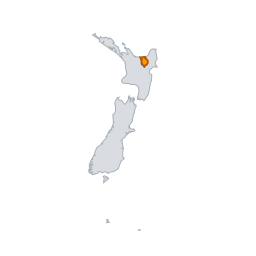 Whakatane District, Bay of Plenty, New Zealand shown in context, rotated 339°
{"feature_id": "76426892B18513134445034", "entity_name": "Whakatane District", "entity_type": "district", "adm_level": 2, "iso_a3": "NZL", "parent_name": "New Zealand", "parent_adm1": "Bay of Plenty", "projection": "robinson", "projection_center": [176.996, -38.343], "detail": "fine", "context": "in_parent", "style": "filled", "palette": "amber", "viewbox_px": 256, "rotation_deg": 339, "n_neighbors": 0, "source": "geoboundaries", "source_scale": "gbopen_adm2", "svg_char_len": 5160}
<svg xmlns="http://www.w3.org/2000/svg" viewBox="0 0 256 256"><g transform="rotate(339 128 128)"><path d="M133.2,104.5L134.2,104.6L138.7,101.3L140.6,100.6L141.1,100.5L140.1,101.5L140.4,102.2L139.3,104.4L140.2,104.1L140.7,102.5L141.3,102.2L141.1,101.4L143.9,101.7L142.9,103.2L141.5,104.1L142.4,104.2L144.5,102.6L144.5,103.5L141.8,106.2L142.7,107.7L142.0,108.9L142.7,108.7L143.8,109.6L143.2,110.8L140.3,113.9L139.9,115.5L137.3,118.2L134.4,123.3L129.2,126.6L130.2,127.5L128.3,128.7L129.8,128.5L130.9,130.4L133.2,131.0L133.5,132.9L131.9,133.4L130.4,132.6L128.2,132.9L128.9,132.1L128.0,131.6L126.4,133.2L124.0,131.3L125.3,133.5L120.7,135.9L118.8,136.1L118.2,137.4L117.1,137.5L117.7,138.0L116.4,144.7L115.1,144.7L116.3,145.4L116.2,146.1L114.7,148.0L112.7,153.1L113.5,154.3L113.5,155.2L109.6,156.5L104.2,162.6L99.0,163.5L96.1,162.8L92.7,163.2L92.1,161.5L90.9,160.6L87.9,160.6L86.4,158.7L85.1,158.2L83.7,159.2L78.9,159.1L78.0,158.8L77.8,158.1L79.5,156.1L77.9,157.2L77.2,157.1L77.9,156.2L77.7,155.4L75.8,156.2L75.9,154.5L80.2,153.5L78.4,153.3L78.3,152.7L79.9,151.5L77.7,151.6L78.0,150.2L79.2,150.1L78.7,149.1L81.3,150.2L80.9,149.2L81.9,148.8L80.1,148.1L80.0,147.0L80.9,146.2L82.1,146.6L81.2,145.6L83.3,143.8L83.8,145.2L83.9,143.2L86.5,141.2L87.6,142.0L87.1,140.2L91.4,135.5L93.9,134.3L95.3,134.5L97.6,133.1L98.6,133.7L98.2,132.6L98.5,132.2L104.3,129.5L104.3,128.6L104.9,128.5L104.5,128.3L107.8,125.4L109.2,125.6L108.3,124.7L109.7,124.0L111.1,124.6L110.3,123.7L111.5,123.1L112.2,123.9L112.2,122.8L114.2,120.4L114.6,122.3L114.8,122.0L114.7,120.2L116.1,118.0L117.2,117.6L116.6,116.9L118.6,110.2L120.8,109.4L122.7,107.4L123.9,103.7L124.3,100.9L125.4,98.8L128.7,96.1L131.4,96.1L129.5,96.4L129.3,97.8L129.9,98.9L131.9,99.8L133.2,104.5ZM130.6,29.4L133.7,34.4L135.2,32.9L135.4,34.0L138.4,35.4L138.9,34.9L141.3,36.2L141.7,38.0L143.4,37.4L145.5,41.1L145.1,42.1L145.8,43.4L144.1,43.5L147.9,49.2L147.5,51.2L148.1,52.6L147.2,55.2L148.8,55.9L149.4,55.3L152.6,56.9L153.4,59.2L154.8,59.2L154.3,53.5L153.4,52.0L154.0,51.1L156.1,54.1L156.9,54.0L157.9,56.5L159.0,61.8L160.3,63.5L159.6,63.2L159.4,63.6L160.1,64.1L166.2,66.8L170.8,68.0L173.4,66.9L175.0,64.8L177.6,63.1L180.0,63.2L182.4,64.6L181.1,67.6L179.9,74.2L177.2,76.1L176.6,79.5L177.1,80.8L176.6,81.9L175.5,80.5L173.1,80.1L169.0,81.7L167.9,83.3L167.7,85.4L169.3,86.7L166.9,92.1L165.5,93.6L159.1,103.8L153.0,108.2L152.2,107.8L151.7,106.1L149.1,106.1L149.3,104.1L149.0,103.9L148.0,105.0L146.9,104.6L151.6,97.3L152.4,93.6L151.5,91.6L150.2,89.8L146.1,88.3L144.1,86.4L140.3,84.9L139.2,84.0L138.7,82.8L139.4,80.8L141.5,79.6L144.5,78.8L146.3,76.8L147.3,70.6L148.4,68.3L148.1,66.9L149.2,65.9L147.4,61.9L147.7,60.7L147.2,60.6L146.0,58.0L146.7,57.9L147.4,59.3L148.0,58.2L149.2,57.9L147.8,56.3L146.1,56.8L145.0,56.3L144.1,53.9L142.3,51.3L142.8,51.2L144.3,52.5L144.7,51.5L143.8,50.0L144.1,48.5L143.0,47.6L142.8,48.6L140.8,47.1L139.7,44.8L139.7,46.0L142.0,49.4L141.4,50.1L141.0,49.8L134.9,40.7L136.9,38.2L135.7,38.7L134.6,40.2L134.0,39.6L133.6,38.4L132.1,36.9L132.8,36.0L132.8,34.8L128.2,28.5L131.4,28.2L130.6,29.4ZM89.0,164.2L90.8,166.4L89.9,166.3L89.9,166.8L91.7,167.3L91.7,168.3L85.5,170.3L87.8,166.5L87.5,164.2L89.0,164.2ZM76.0,207.9L76.6,209.3L74.6,208.6L73.6,208.9L75.1,207.5L75.2,206.0L76.6,206.2L76.0,207.9ZM154.5,47.7L154.9,49.5L153.0,48.2L152.9,47.3L153.4,46.6L154.5,47.7ZM140.3,99.9L139.1,100.6L139.4,99.2L140.7,98.3L140.3,99.9ZM77.9,152.8L77.7,153.6L76.0,153.3L77.3,152.4L77.9,152.8ZM102.5,227.0L103.0,227.5L102.1,227.8L101.2,227.0L102.5,227.0ZM79.6,147.6L80.1,149.0L78.9,148.3L79.6,147.6Z" fill="#d9dde1" stroke="#a8b0b8" stroke-width="1"/><path d="M165.5,77.6L165.5,77.4L165.5,77.2L165.5,76.9L165.6,76.7L165.6,76.4L165.7,76.2L165.8,76.1L166.0,76.0L166.2,75.9L166.2,75.7L166.3,75.7L166.5,75.7L166.6,75.8L166.8,75.7L167.0,75.6L167.3,75.5L167.5,75.8L167.8,75.8L168.0,75.9L168.3,75.7L168.5,75.4L168.5,75.2L168.8,75.0L168.9,74.9L169.0,74.9L169.0,75.0L169.2,74.9L169.3,74.8L169.4,74.7L169.5,74.5L169.8,74.5L169.8,74.4L170.0,74.1L170.1,73.9L170.2,73.7L170.0,73.4L170.0,73.1L170.1,72.8L170.1,72.7L170.2,72.4L170.3,72.3L170.4,72.2L170.5,72.2L170.3,71.9L170.3,71.7L170.4,71.4L170.3,71.2L170.2,71.1L169.9,71.0L169.8,70.9L169.7,70.7L169.7,70.4L169.7,70.2L169.7,69.9L169.8,69.9L169.8,69.7L169.7,69.7L169.8,69.5L169.7,69.4L169.9,69.4L169.8,69.2L169.7,69.0L169.7,68.9L169.5,68.7L169.4,68.7L169.3,68.4L169.2,68.4L169.3,68.2L169.2,68.1L169.2,68.3L169.2,68.2L169.1,68.3L169.1,68.2L168.9,68.0L169.0,68.2L168.9,68.2L168.9,67.9L169.0,67.9L169.3,67.9L169.6,68.0L169.6,67.9L169.3,67.9L168.8,67.7L168.8,67.8L168.8,67.7L168.6,67.7L168.5,67.4L168.4,67.4L168.4,67.5L168.3,67.4L167.7,67.1L167.2,67.1L166.7,66.9L166.2,66.8L165.9,66.7L165.2,66.5L164.6,66.2L164.6,68.7L164.8,68.7L164.7,68.8L164.6,69.4L164.5,69.5L164.4,71.7L164.4,72.8L163.9,72.8L163.7,72.6L163.7,72.9L163.5,73.8L164.0,74.0L164.1,74.3L164.2,74.5L164.7,74.9L164.8,74.7L165.0,74.8L164.8,75.9L164.8,76.5L165.0,76.6L165.1,76.8L165.5,77.6ZM165.8,68.7L165.9,68.8L165.7,68.9L165.6,69.1L165.5,69.3L165.4,69.4L165.2,69.3L165.0,69.2L165.7,68.8L165.8,68.8L165.8,68.7L165.8,68.7ZM168.9,67.9L169.0,68.0L169.0,67.9L169.0,68.0L169.0,67.9L168.9,67.9Z" fill="#f59e0b" stroke="#b45309" stroke-width="1.5"/></g></svg>